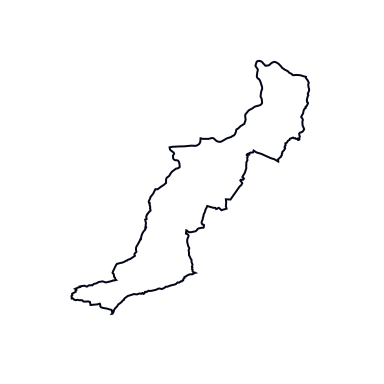 the district of Ramiriquí, Boyacá, Colombia, rotated 234°
{"feature_id": "7082276B59732311285528", "entity_name": "Ramiriquí", "entity_type": "district", "adm_level": 2, "iso_a3": "COL", "parent_name": "Colombia", "parent_adm1": "Boyacá", "projection": "natural_earth1", "projection_center": [-73.321, 5.328], "detail": "fine", "context": "isolated", "style": "outline", "palette": "ink", "viewbox_px": 384, "rotation_deg": 234, "n_neighbors": 0, "source": "geoboundaries", "source_scale": "gbopen_adm2", "svg_char_len": 6057}
<svg xmlns="http://www.w3.org/2000/svg" viewBox="0 0 384 384"><g transform="rotate(234 192 192)"><path d="M182.2,40.9L181.8,41.2L180.7,41.0L180.8,39.9L179.6,39.3L180.1,35.8L180.0,35.0L179.0,34.6L178.9,33.7L178.1,33.0L177.3,32.9L176.9,32.2L176.4,32.1L175.8,33.1L173.8,33.5L172.8,34.4L172.1,36.0L170.8,37.1L169.4,39.0L168.6,39.7L167.5,39.7L166.6,40.4L164.4,43.8L163.6,44.3L163.1,44.8L160.2,43.5L156.6,49.6L155.9,51.7L155.2,51.7L153.1,50.5L152.3,50.6L150.6,51.8L147.6,54.7L144.0,57.5L143.3,57.6L142.0,56.8L140.7,56.5L140.5,55.6L140.3,55.9L140.5,56.9L141.3,58.3L142.3,59.5L143.0,61.2L143.4,63.7L144.4,66.5L144.3,67.9L144.4,70.0L144.6,71.3L145.0,72.1L144.8,72.9L144.8,73.7L145.4,74.3L145.6,75.1L145.6,78.9L143.5,85.2L142.7,85.9L141.4,87.5L140.8,89.9L139.5,91.0L139.5,92.4L139.1,92.8L138.4,92.7L138.0,92.9L138.2,94.6L138.8,95.2L138.4,96.1L137.7,96.7L137.7,98.8L136.6,99.8L135.7,101.5L134.0,105.6L133.5,108.2L133.0,109.0L131.4,110.4L131.1,111.1L130.7,112.9L130.8,115.1L129.9,116.3L129.0,119.6L127.3,123.7L127.0,125.1L127.3,127.2L126.3,128.2L126.3,130.3L125.7,131.1L126.0,131.9L125.7,132.9L126.6,133.6L126.8,135.3L127.5,135.6L127.7,135.9L127.3,137.3L127.3,139.0L127.0,140.7L126.7,141.7L125.2,144.0L125.0,146.2L124.6,147.2L125.2,146.9L126.2,145.9L127.0,145.8L127.6,145.9L128.7,146.8L129.2,146.6L129.8,146.8L130.4,147.7L130.8,148.0L131.5,147.9L132.0,148.7L133.1,149.8L135.7,150.5L137.3,151.7L139.5,151.8L140.6,152.2L142.8,152.5L144.6,153.9L146.8,155.0L147.9,156.6L148.5,156.9L150.4,157.1L154.6,158.8L156.6,160.5L158.1,163.0L158.6,163.5L159.3,163.7L160.1,163.7L160.9,163.4L161.6,162.7L162.0,162.7L164.3,164.9L163.8,165.2L162.0,165.5L161.0,166.3L160.0,167.7L158.2,171.7L158.2,173.2L158.8,175.0L158.6,176.0L157.8,178.0L156.4,180.3L156.4,180.6L158.1,182.2L158.5,182.3L159.8,181.3L161.4,181.6L162.0,182.1L163.8,184.8L165.0,185.9L165.5,186.8L167.1,188.4L168.0,190.3L170.0,192.9L170.6,194.3L171.7,196.1L166.9,199.8L165.4,201.6L164.0,201.5L163.6,202.8L163.7,203.8L163.5,204.3L162.5,204.7L160.0,205.1L158.2,210.2L160.7,211.1L163.4,213.5L166.2,215.1L163.3,218.7L168.5,233.9L168.6,235.9L169.7,237.9L173.0,237.9L173.2,238.7L171.9,240.4L172.2,241.8L173.3,241.9L174.0,241.5L174.6,241.7L175.5,243.6L176.4,245.9L179.4,250.0L180.9,250.9L182.4,252.2L183.6,253.0L184.5,254.2L185.1,255.5L187.3,256.8L187.7,257.8L188.2,258.0L189.8,258.0L190.2,259.1L190.0,259.8L189.1,259.3L188.6,260.1L188.6,260.4L189.2,260.7L189.7,261.5L189.6,262.2L188.2,264.5L188.2,264.8L189.3,266.2L186.2,267.4L181.9,270.6L173.3,275.5L169.9,278.0L165.9,279.7L166.2,280.0L167.5,280.2L167.7,280.5L168.2,283.4L168.2,284.8L168.7,285.3L168.9,286.2L170.0,287.0L170.1,287.6L171.0,288.2L171.3,288.7L171.7,290.9L172.5,292.8L172.7,293.1L173.7,293.2L173.7,293.6L174.5,294.0L174.7,295.1L175.2,295.5L176.0,295.7L176.5,296.2L176.2,297.0L176.2,297.6L177.0,299.7L176.9,301.6L177.4,302.3L177.5,302.7L177.0,304.0L176.8,305.4L176.6,305.8L175.5,306.1L174.9,307.2L173.9,307.3L173.6,307.6L173.2,308.7L171.8,308.4L171.5,308.7L171.4,309.8L172.6,310.5L173.5,311.8L175.7,312.6L176.3,313.2L176.5,314.5L176.0,315.6L175.9,317.1L176.5,318.9L176.9,319.7L180.9,320.6L184.1,322.7L184.9,323.8L185.6,324.3L186.9,324.5L188.2,324.3L188.6,324.5L190.3,328.0L192.7,330.7L193.0,331.6L193.2,333.5L193.5,333.8L193.8,333.5L194.1,333.8L194.2,335.5L195.6,338.0L196.1,338.3L196.7,338.0L197.7,338.2L199.2,339.2L201.4,341.9L201.9,343.0L203.4,343.4L203.7,343.7L204.2,344.8L205.6,346.7L206.6,347.3L208.1,347.8L210.4,349.0L211.8,350.7L214.4,351.2L217.3,351.1L217.8,351.3L218.2,351.9L220.3,350.1L221.9,349.0L223.3,347.7L225.5,345.1L227.0,342.5L227.8,342.1L228.9,342.0L231.8,340.6L232.7,340.7L233.9,340.3L235.9,339.2L237.7,338.5L239.5,337.9L241.4,337.9L245.2,337.3L247.9,336.0L249.0,335.0L249.5,333.1L249.6,331.9L249.3,328.8L250.7,325.9L251.3,325.5L252.5,325.5L254.2,325.2L256.2,325.1L257.5,324.4L258.8,323.2L259.4,321.7L259.3,321.2L259.2,320.6L257.0,317.7L256.2,317.4L252.6,317.3L251.6,316.6L250.6,315.3L247.7,312.6L246.8,312.1L245.1,312.0L243.9,312.6L241.8,312.4L236.2,310.6L234.9,309.9L233.9,309.1L233.6,308.4L231.9,306.3L229.6,304.2L228.9,303.6L226.7,303.2L225.6,302.7L222.9,301.1L222.4,300.3L222.2,298.5L222.5,297.3L224.0,293.4L224.2,292.3L224.1,290.5L224.7,285.8L223.3,280.6L221.8,279.4L219.1,278.0L217.8,276.4L216.4,274.3L216.7,270.2L216.5,268.1L216.2,266.6L216.5,264.8L216.0,264.0L215.3,263.4L214.5,262.4L213.8,261.2L213.1,259.4L213.5,257.5L213.5,255.9L214.9,251.8L215.5,245.8L215.9,244.4L217.5,242.6L218.6,242.0L220.1,241.5L221.6,241.3L222.9,240.9L223.5,240.4L224.1,239.6L225.3,236.5L228.8,231.8L230.4,230.5L227.5,228.0L226.7,226.3L226.6,225.2L226.8,223.0L227.4,221.8L229.9,218.7L233.4,212.7L236.4,208.4L240.1,202.7L241.3,200.1L239.4,199.2L238.5,199.2L234.8,200.3L233.7,200.2L233.3,199.7L232.5,197.8L230.4,196.6L229.5,196.4L228.3,196.7L227.6,197.1L226.2,198.8L225.4,199.1L224.6,199.2L222.3,198.5L219.5,196.8L219.3,195.3L219.7,193.9L220.3,192.9L220.2,187.7L219.7,186.0L218.4,182.9L218.4,180.1L217.7,178.7L216.0,177.3L214.6,176.4L214.3,173.3L214.5,170.1L214.4,165.8L215.8,164.0L213.5,159.7L212.3,155.4L211.4,154.4L210.2,152.0L209.5,151.2L208.4,150.9L208.3,151.1L208.8,151.4L207.8,151.3L207.1,150.8L206.6,150.1L205.2,149.8L204.2,149.2L203.5,148.4L202.7,148.3L201.3,147.5L201.3,146.1L201.0,145.9L200.9,144.5L200.3,143.1L200.3,142.3L199.8,141.9L199.1,140.6L196.8,139.3L197.2,137.9L193.8,136.4L190.8,133.5L190.8,134.3L190.5,134.3L188.9,131.6L188.7,130.0L187.6,127.4L186.3,125.4L184.3,123.3L184.3,122.7L183.7,122.6L183.8,122.0L182.4,119.4L180.3,114.6L179.4,113.6L177.8,112.5L176.3,111.9L176.1,111.3L176.1,110.4L175.8,109.3L175.4,108.7L173.9,108.3L174.1,102.7L174.8,100.6L174.7,99.1L175.1,98.6L175.3,96.4L175.9,93.9L176.5,92.8L178.0,88.9L177.4,87.3L174.3,81.6L173.3,80.2L171.5,80.4L169.1,79.1L167.8,79.3L166.4,78.7L165.4,78.9L166.2,76.9L166.9,76.1L166.9,75.5L167.9,72.8L169.4,69.3L170.0,68.7L171.8,67.5L172.3,67.0L173.4,64.9L174.0,63.6L174.3,61.0L175.3,58.5L175.1,56.5L175.6,56.2L176.2,54.9L177.0,54.0L177.2,52.7L177.1,51.8L177.3,51.4L177.6,51.0L179.3,50.0L180.9,47.2L181.5,45.7L180.9,45.6L181.7,43.6L182.2,40.9Z" fill="none" stroke="#020617" stroke-width="2"/></g></svg>